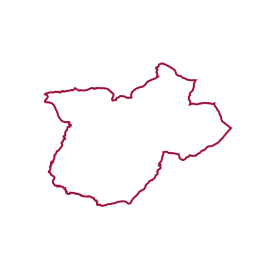 Amagá, Antioquia, Colombia (Equal Earth projection), rotated 63°
{"feature_id": "7082276B93936498493280", "entity_name": "Amagá", "entity_type": "district", "adm_level": 2, "iso_a3": "COL", "parent_name": "Colombia", "parent_adm1": "Antioquia", "projection": "equal_earth", "projection_center": [-75.71, 6.034], "detail": "fine", "context": "isolated", "style": "outline", "palette": "rose", "viewbox_px": 256, "rotation_deg": 63, "n_neighbors": 0, "source": "geoboundaries", "source_scale": "gbopen_adm2", "svg_char_len": 5800}
<svg xmlns="http://www.w3.org/2000/svg" viewBox="0 0 256 256"><g transform="rotate(63 128 128)"><path d="M60.4,186.7L61.1,185.8L61.8,185.4L62.9,185.2L63.8,185.3L64.3,185.8L64.6,186.3L65.8,189.2L66.6,190.0L67.1,190.0L67.5,189.8L67.9,189.2L69.4,186.6L71.3,184.8L72.6,184.1L74.2,183.7L77.2,183.7L78.4,184.0L80.3,183.8L82.5,184.0L85.0,184.6L86.1,184.7L91.0,184.0L91.9,183.6L92.8,182.8L94.5,181.0L95.5,178.7L96.0,177.9L96.4,177.6L96.8,177.7L97.3,178.6L97.6,178.9L98.0,179.0L98.7,178.9L98.9,178.7L99.2,177.6L99.7,177.6L100.0,178.2L100.3,180.0L100.3,180.3L99.9,181.0L100.0,181.5L102.1,183.2L102.3,184.3L103.6,186.1L104.2,186.5L105.8,186.9L106.1,187.4L106.1,188.9L106.4,189.5L106.5,189.5L107.9,188.8L108.5,188.7L108.9,188.8L109.2,189.0L109.3,189.4L108.9,190.6L109.1,190.9L110.5,192.1L110.6,193.1L110.8,193.7L111.0,194.0L111.5,194.2L112.7,193.9L113.2,194.3L113.7,194.9L114.0,195.0L115.2,197.2L115.9,199.1L116.5,200.0L116.6,200.8L116.4,201.7L116.5,202.2L117.8,203.3L118.2,204.3L118.6,204.7L118.8,205.9L119.0,206.2L120.3,206.4L121.3,207.3L122.0,208.2L123.5,209.4L123.7,209.9L123.3,210.6L123.3,211.1L123.6,212.0L123.9,212.2L124.1,212.1L124.8,211.5L124.9,212.9L125.1,213.1L126.2,213.2L126.5,213.4L126.8,214.6L127.1,215.2L128.3,215.1L129.2,215.6L130.0,216.7L130.9,218.3L131.4,218.6L132.4,217.6L133.2,217.6L134.4,218.0L135.2,217.4L137.5,216.2L138.3,215.9L138.6,215.9L139.1,216.1L139.7,216.8L140.7,218.5L141.3,219.1L142.9,219.7L145.1,219.3L145.9,219.3L147.1,217.6L147.9,217.7L148.0,217.3L147.9,216.1L148.1,215.9L148.8,215.9L148.8,215.6L148.7,215.2L148.8,214.7L149.8,214.4L150.8,212.8L152.6,212.4L153.0,211.5L153.6,212.2L154.3,211.6L154.9,211.5L155.6,212.1L156.0,212.1L156.9,211.4L157.4,211.6L157.7,212.4L158.5,212.3L159.7,211.2L160.1,210.5L160.1,209.9L159.9,209.5L159.3,209.1L159.3,208.8L159.4,208.6L160.1,208.6L160.3,207.5L161.2,205.7L161.8,205.2L162.4,205.1L162.7,204.1L163.7,203.4L164.0,202.6L164.5,202.0L165.6,201.1L166.6,200.8L166.7,200.6L166.6,200.0L167.4,200.0L167.5,199.9L169.2,198.0L169.9,196.4L171.1,194.7L171.0,193.8L171.6,193.0L173.3,192.0L173.6,191.6L174.2,191.1L174.8,190.4L175.1,190.3L175.8,190.7L176.0,190.6L178.2,189.9L178.1,189.2L178.4,189.0L179.0,189.2L180.5,189.1L181.2,190.0L181.8,190.2L182.5,190.2L182.8,189.3L183.2,189.2L183.7,187.7L184.5,187.6L185.2,186.6L185.7,186.3L185.8,186.1L186.1,184.3L186.7,182.5L186.7,181.3L186.9,180.2L187.8,178.0L188.2,176.1L188.8,174.2L189.3,170.5L190.1,167.9L191.5,164.9L192.0,164.1L193.8,162.8L195.6,162.1L196.1,160.0L195.7,159.2L194.6,158.0L193.0,154.9L191.9,150.8L190.0,146.8L189.8,145.5L189.9,143.9L189.7,141.4L188.9,139.7L187.9,139.1L186.7,137.4L186.4,136.4L186.3,135.1L185.0,133.0L185.0,131.7L185.4,130.1L185.2,129.0L185.0,128.6L184.6,126.8L182.9,124.9L182.8,124.5L182.6,123.1L181.7,122.1L179.9,121.7L179.5,120.7L179.0,120.3L178.7,117.6L178.4,117.1L177.9,116.8L177.1,116.7L175.9,117.3L175.8,115.9L175.7,115.7L175.4,115.6L175.1,115.7L174.1,116.7L173.3,115.4L172.9,113.9L171.8,112.5L170.0,111.0L169.3,110.6L167.4,108.4L165.6,107.4L165.9,106.9L166.3,104.9L166.5,104.5L167.1,103.9L168.0,103.7L168.8,103.0L170.9,99.3L174.5,94.7L178.0,95.5L178.7,95.5L180.6,94.4L181.5,93.6L181.7,93.0L181.6,91.8L181.6,90.9L180.7,89.3L180.7,88.3L181.1,87.1L181.1,86.8L180.4,85.7L180.4,85.4L180.6,84.8L181.9,83.8L182.2,82.9L182.4,82.6L182.5,81.9L183.0,81.3L183.5,80.2L183.0,79.5L183.0,78.1L182.7,77.3L182.8,75.6L182.7,75.1L181.7,72.3L181.9,71.6L182.3,70.9L182.3,69.8L181.1,66.6L180.9,65.3L180.9,64.7L182.0,62.1L182.2,60.5L182.1,58.5L182.1,56.7L181.9,55.7L181.9,54.6L181.7,53.5L181.4,53.0L180.8,51.3L179.7,47.7L178.7,45.8L176.3,40.3L174.9,36.3L164.8,41.0L162.6,40.8L160.0,40.0L156.9,40.1L155.4,39.6L152.0,40.2L151.0,40.0L150.0,40.1L148.1,40.6L146.7,40.5L145.3,39.9L145.4,40.8L144.8,42.1L143.4,43.5L143.4,43.9L143.1,44.3L143.0,44.1L142.5,44.5L142.3,45.4L142.0,45.7L141.6,46.7L140.6,47.9L140.0,49.3L139.7,49.9L139.7,51.2L138.8,52.4L138.9,52.9L138.6,53.5L138.7,54.2L138.6,54.8L137.7,56.9L136.5,58.0L135.7,59.3L135.4,60.7L135.2,62.2L134.1,61.1L133.3,60.7L131.9,60.5L130.1,60.9L127.5,59.3L127.1,58.0L126.8,57.8L125.7,57.4L125.0,56.8L124.4,55.0L124.2,53.8L124.0,53.4L120.6,50.1L119.0,49.6L117.7,48.0L116.2,46.5L116.1,46.2L115.2,47.8L114.1,50.2L112.5,52.5L111.7,53.3L109.4,55.0L109.0,55.6L108.0,56.5L106.3,57.2L105.6,57.6L103.9,59.7L103.0,60.2L101.1,60.6L100.4,60.2L98.9,60.1L97.3,60.2L96.6,60.5L95.5,61.3L92.8,62.7L90.4,64.6L89.4,65.0L88.6,65.8L88.2,65.9L87.7,66.7L86.9,67.4L86.4,67.6L86.0,68.7L85.6,69.1L85.7,69.7L85.5,71.0L85.6,71.7L86.0,72.2L86.8,72.6L87.0,73.0L87.1,73.6L87.0,75.4L87.3,75.8L87.9,76.0L88.7,75.2L89.1,75.1L89.4,75.4L91.0,77.3L91.8,77.2L93.1,77.4L93.5,77.5L94.2,78.2L94.6,78.4L95.1,78.2L95.7,77.6L95.9,77.6L96.2,81.1L95.8,84.9L95.6,89.4L95.9,90.2L97.3,93.2L97.7,95.4L97.7,96.8L97.2,98.5L96.7,101.7L96.7,103.1L97.1,105.5L97.9,108.1L98.3,108.7L99.9,110.2L102.5,111.1L100.8,115.0L99.8,115.8L99.0,116.2L98.4,116.8L97.2,118.4L96.0,120.5L96.1,121.1L96.5,122.4L96.1,124.1L96.2,124.4L96.4,124.8L96.8,125.4L97.6,125.7L96.8,128.3L96.7,129.1L96.5,129.3L96.1,129.4L94.7,128.9L93.0,126.8L92.4,126.3L91.5,125.6L90.7,125.6L89.3,126.4L88.5,126.4L86.6,127.4L84.7,127.9L84.0,128.4L81.6,131.3L81.2,132.3L80.2,134.3L79.3,135.4L79.0,135.9L78.8,137.4L78.6,137.6L78.0,137.9L77.9,138.1L77.8,138.9L78.0,140.0L77.8,140.5L77.2,140.8L76.8,140.8L76.0,141.9L75.8,142.4L75.5,147.2L75.1,148.9L73.8,151.7L72.7,153.2L72.5,154.5L72.3,154.9L71.1,155.4L70.1,156.3L69.0,156.6L68.4,157.2L68.4,157.5L69.1,158.5L69.3,159.0L69.3,159.9L69.1,160.4L68.7,160.8L68.5,161.2L67.6,165.1L66.9,166.2L66.8,167.9L66.6,168.5L66.3,168.8L65.7,168.9L65.2,169.8L65.2,170.4L65.7,170.6L65.8,170.8L65.5,171.5L65.3,173.0L64.4,173.2L64.0,173.7L63.7,175.1L63.0,175.6L62.7,176.0L62.7,177.4L62.4,178.5L61.6,179.6L61.0,181.0L60.5,182.6L60.5,184.2L59.9,185.3L59.9,185.6L60.4,186.7Z" fill="none" stroke="#9f1239" stroke-width="2"/></g></svg>